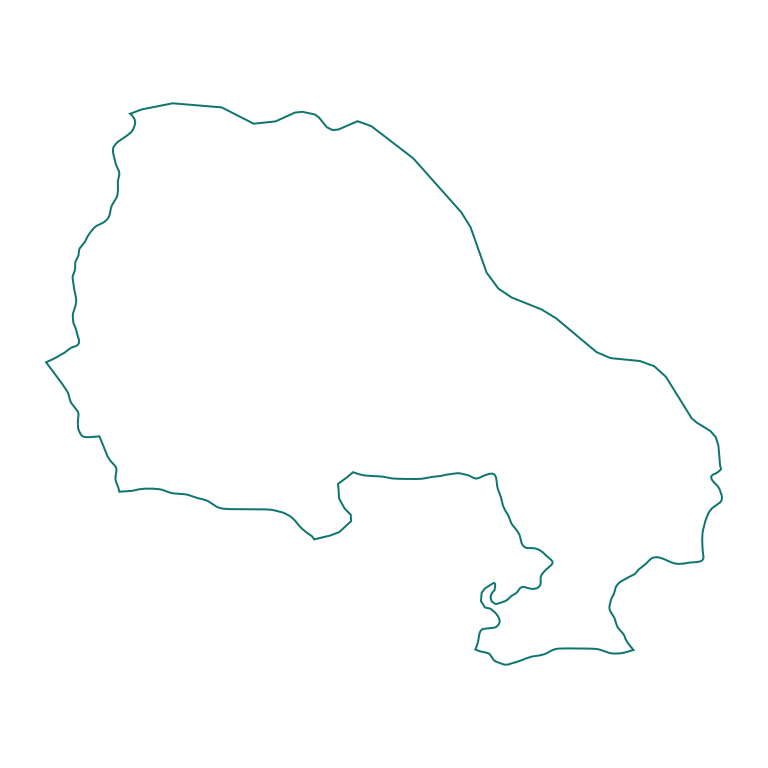 outline of Severno-Banatski
{"feature_id": "SRB-275", "entity_name": "Severno-Banatski", "entity_type": "District", "adm_level": 1, "iso_a3": "SRB", "parent_name": "Republic of Serbia", "parent_adm1": "", "projection": "equal_earth", "projection_center": [20.218, 45.881], "detail": "fine", "context": "isolated", "style": "outline", "palette": "teal", "viewbox_px": 768, "rotation_deg": 0, "n_neighbors": 0, "source": "natural_earth", "source_scale": "10m", "svg_char_len": 4806}
<svg xmlns="http://www.w3.org/2000/svg" viewBox="0 0 768 768"><path d="M172.6,103.3L221.7,107.4L253.7,123.7L275.5,121.4L294.9,112.6L302.4,111.8L314.9,114.5L319.0,117.5L326.9,127.3L332.7,130.1L338.4,129.5L357.6,121.2L371.4,126.2L413.1,158.2L461.3,212.3L470.5,227.1L486.6,272.6L498.4,288.6L511.5,297.4L541.6,309.5L556.1,318.3L596.5,352.1L610.5,358.1L639.8,361.0L654.2,366.2L666.0,376.9L691.6,418.2L697.0,422.8L710.4,431.0L715.8,437.2L718.4,445.5L720.1,465.7L721.1,468.9L720.9,469.1L719.9,470.3L718.4,471.7L716.7,472.9L712.9,474.7L711.6,475.8L711.2,476.8L711.3,478.1L712.1,480.0L714.0,482.4L717.7,486.1L719.6,489.3L721.6,495.1L721.9,496.5L721.9,498.6L721.4,500.6L720.3,502.3L712.2,508.1L709.9,510.9L708.2,513.6L705.4,520.8L702.9,530.6L702.5,533.5L702.2,539.5L702.4,545.7L702.8,551.7L703.5,557.3L703.1,559.1L702.1,560.5L700.8,561.2L699.4,561.6L696.5,562.1L690.2,562.5L683.7,563.6L678.7,563.9L676.2,563.7L673.9,563.2L670.6,562.0L663.0,558.7L659.8,557.7L657.5,557.2L655.2,557.3L653.5,557.6L652.1,558.1L650.1,559.5L645.2,564.4L638.9,569.3L635.2,573.6L633.4,574.8L629.3,576.8L620.3,581.8L617.4,584.6L615.8,587.1L613.9,593.9L611.5,598.6L610.8,600.5L609.5,606.1L609.4,607.5L609.6,609.5L610.5,611.6L614.4,617.8L616.4,624.3L617.9,627.8L623.3,633.9L624.1,635.2L625.7,639.4L627.2,641.9L629.0,644.6L633.5,650.0L623.7,652.8L619.5,653.4L614.0,653.6L611.4,653.3L608.9,652.8L600.0,649.7L597.2,649.1L594.3,648.8L588.5,648.6L567.5,648.4L558.7,648.6L555.8,649.0L552.1,650.3L545.9,653.6L544.1,654.3L539.6,655.4L531.7,656.6L526.7,658.2L517.3,661.8L512.2,663.2L508.6,664.4L506.9,664.7L505.1,664.7L503.5,664.4L496.7,661.9L494.4,660.7L493.2,659.4L489.9,654.4L489.0,653.6L487.6,653.0L479.9,651.3L475.3,649.5L476.5,646.7L478.0,641.9L479.5,633.4L480.3,631.3L481.7,629.7L483.0,629.0L484.8,628.7L492.3,628.0L494.1,627.7L495.7,627.2L497.6,625.7L498.6,624.5L499.3,623.2L499.7,621.1L499.3,618.9L497.8,615.9L495.0,612.4L490.5,608.7L485.0,607.5L481.0,601.1L481.6,592.9L485.0,588.4L493.2,583.2L494.4,583.0L495.1,584.0L495.2,585.9L494.5,590.1L492.2,592.8L490.9,595.3L490.7,598.2L491.5,601.1L494.6,603.5L496.0,604.1L499.3,603.1L505.5,601.0L507.6,599.6L511.6,595.8L515.1,593.8L516.7,592.8L519.9,588.3L521.6,587.2L523.7,586.9L525.6,587.3L529.5,588.5L531.8,588.9L534.1,588.8L535.9,588.5L537.5,587.9L539.3,586.5L540.4,584.7L540.7,582.8L540.6,577.8L541.2,575.7L542.3,573.7L545.7,569.9L550.8,565.5L552.2,563.9L552.6,562.8L552.2,561.1L550.8,559.5L546.8,556.2L542.9,552.4L540.1,550.4L538.4,549.5L535.0,548.4L532.7,548.1L527.3,548.1L526.4,547.9L524.3,546.9L522.7,545.2L521.6,543.1L520.0,536.5L519.3,534.4L516.9,530.4L512.5,525.1L511.3,523.2L508.3,515.4L505.5,511.0L503.1,506.1L500.9,497.1L497.8,488.9L497.2,486.0L496.5,480.1L496.0,477.4L495.2,475.5L493.9,474.2L492.8,473.7L491.4,473.6L488.4,474.1L484.0,475.6L479.2,477.9L476.8,478.5L475.8,478.5L473.7,478.0L469.5,475.8L467.3,475.0L461.2,473.6L459.6,473.3L457.3,473.2L446.8,474.6L441.0,475.9L431.6,477.0L422.3,478.7L416.3,479.0L404.0,478.9L397.9,478.8L391.9,478.4L382.5,476.6L365.9,475.6L362.4,475.0L359.3,474.3L353.1,472.2L348.9,475.7L347.4,477.0L338.1,483.8L339.2,498.7L344.6,508.5L350.7,514.7L351.1,521.2L339.2,532.1L330.2,535.5L314.2,539.4L312.9,537.5L311.8,536.1L306.6,532.5L302.4,529.1L299.1,525.7L295.1,520.7L292.0,517.7L289.9,516.1L286.5,514.2L283.3,512.7L280.9,512.0L272.8,510.0L266.8,509.4L229.6,509.1L223.5,508.7L220.6,508.2L216.9,506.9L208.0,501.1L204.3,499.7L197.0,497.9L188.2,494.9L185.4,494.3L173.5,493.4L170.6,492.8L161.8,489.7L159.1,489.2L153.3,488.7L144.3,488.7L138.5,489.4L133.4,490.6L130.2,491.0L119.3,491.7L118.5,488.2L115.9,481.4L115.5,479.0L115.5,476.6L116.4,471.2L116.4,469.0L115.9,467.4L115.1,465.9L110.3,460.7L107.5,456.2L99.4,436.3L91.2,437.1L86.5,437.1L84.6,437.0L83.0,436.5L81.2,435.0L80.4,433.7L79.0,430.8L78.4,429.3L78.0,427.0L77.8,422.3L78.5,414.8L78.3,412.8L77.2,410.6L72.2,404.3L70.8,402.1L70.0,399.9L68.2,393.3L67.1,391.3L62.1,383.7L46.1,362.3L51.5,359.8L56.3,357.4L61.2,354.5L64.4,352.8L69.1,349.1L71.2,347.7L75.5,346.2L77.4,345.2L78.1,344.5L78.7,343.5L79.1,341.5L78.8,339.3L77.8,336.2L75.9,328.9L74.9,326.4L73.4,323.2L72.8,316.6L72.9,313.8L75.7,304.9L76.1,302.6L76.2,300.2L75.6,295.6L74.2,289.5L72.6,277.9L72.8,275.8L74.9,270.3L75.2,268.2L75.2,263.4L75.5,261.5L78.4,255.7L79.1,250.2L79.4,249.2L80.0,248.0L84.2,242.8L85.4,241.0L87.3,236.9L89.6,233.3L92.5,229.6L94.7,227.3L96.7,225.8L103.3,222.6L105.3,221.1L107.1,219.4L108.9,216.8L109.8,214.1L110.9,208.4L111.7,205.7L116.7,197.3L117.5,194.7L118.0,189.1L117.8,182.0L118.1,179.8L119.2,175.5L119.3,173.4L119.0,171.3L116.3,165.5L115.6,163.4L113.2,153.4L113.0,151.2L113.0,149.0L113.6,146.9L115.4,144.3L117.2,142.5L119.2,140.9L126.4,136.0L131.1,132.3L133.2,129.3L135.0,124.3L135.2,122.2L134.8,120.1L134.3,118.7L132.4,115.9L131.2,114.6L130.1,113.8L141.8,109.4L172.6,103.3Z" fill="none" stroke="#0f766e" stroke-width="2"/></svg>